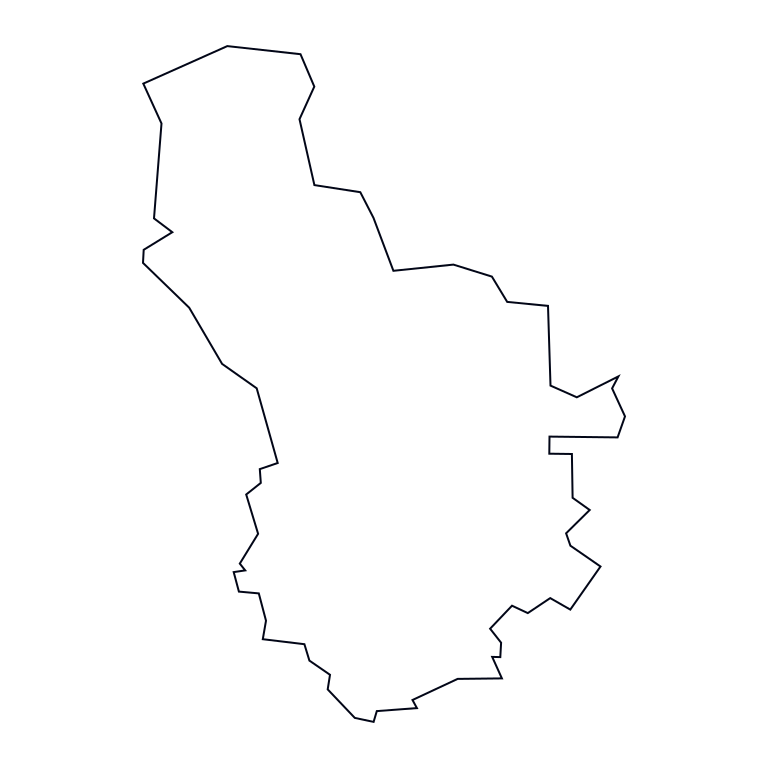 the district of Krivogashtani, Krivogaštani, North Macedonia
{"feature_id": "65306769B57810703972123", "entity_name": "Krivogashtani", "entity_type": "district", "adm_level": 2, "iso_a3": "MKD", "parent_name": "North Macedonia", "parent_adm1": "Krivogaštani", "projection": "robinson", "projection_center": [21.369, 41.324], "detail": "fine", "context": "isolated", "style": "outline", "palette": "ink", "viewbox_px": 768, "rotation_deg": 0, "n_neighbors": 0, "source": "geoboundaries", "source_scale": "gbopen_adm2", "svg_char_len": 926}
<svg xmlns="http://www.w3.org/2000/svg" viewBox="0 0 768 768"><path d="M143.3,83.6L161.5,123.5L154.0,218.4L172.3,232.2L143.7,249.8L143.0,262.9L189.2,307.7L222.1,363.9L256.7,388.3L277.7,463.0L259.8,469.1L260.8,482.9L246.2,494.5L258.1,533.8L239.8,563.6L245.2,570.4L233.7,572.1L238.9,591.6L258.8,593.4L266.0,620.7L262.8,639.2L304.4,644.2L309.4,660.6L330.0,674.8L327.7,689.4L354.8,717.9L373.6,721.9L376.8,711.1L416.9,708.1L412.5,700.0L457.6,678.9L501.9,678.4L492.2,656.9L500.3,657.1L501.1,642.7L490.1,628.7L512.0,605.7L527.8,613.1L550.2,598.1L570.3,609.6L600.5,566.5L570.4,545.7L566.1,533.3L589.7,510.0L572.6,497.8L571.9,454.0L549.3,453.7L549.5,436.6L617.6,437.4L625.0,416.4L612.1,388.4L618.4,376.4L576.8,397.3L550.5,385.6L548.0,305.9L507.2,301.9L491.9,276.6L453.4,264.6L393.4,270.8L373.5,217.9L360.3,192.2L314.4,185.1L299.5,119.2L314.3,86.6L300.5,54.2L227.3,46.1L143.3,83.6Z" fill="none" stroke="#020617" stroke-width="2"/></svg>